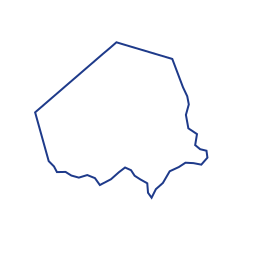 the district of Riachão do Bacamarte, Paraíba, Brazil, rotated 43°
{"feature_id": "56859067B52420938057860", "entity_name": "Riachão do Bacamarte", "entity_type": "district", "adm_level": 2, "iso_a3": "BRA", "parent_name": "Brazil", "parent_adm1": "Paraíba", "projection": "equal_earth", "projection_center": [-35.653, -7.24], "detail": "fine", "context": "isolated", "style": "outline", "palette": "blue", "viewbox_px": 256, "rotation_deg": 43, "n_neighbors": 0, "source": "geoboundaries", "source_scale": "gbopen_adm2", "svg_char_len": 647}
<svg xmlns="http://www.w3.org/2000/svg" viewBox="0 0 256 256"><g transform="rotate(43 128 128)"><path d="M113.3,47.3L66.8,70.4L61.1,73.2L60.2,81.8L59.1,90.8L49.4,179.9L92.6,206.3L100.1,206.6L106.1,208.7L112.3,202.7L119.0,201.4L125.9,197.8L130.3,190.2L138.0,187.2L146.3,188.9L150.5,177.1L151.5,166.6L152.8,158.9L159.0,156.8L165.4,158.4L172.0,157.2L179.8,155.3L186.8,161.7L192.8,162.9L190.1,153.7L191.0,144.4L188.0,131.2L191.8,121.9L193.7,114.2L199.9,109.0L206.6,104.8L206.3,95.5L200.9,91.1L195.2,94.3L188.8,94.7L182.6,85.4L172.4,87.1L161.4,78.9L156.4,69.3L149.7,64.4L140.4,60.7L113.3,47.3Z" fill="none" stroke="#1e3a8a" stroke-width="2"/></g></svg>